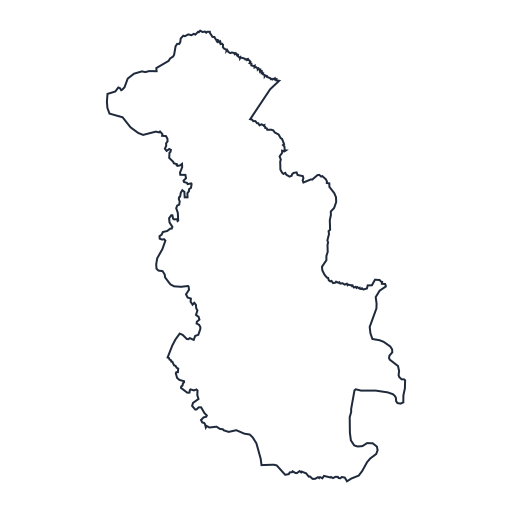 the district of Yendi Municipal, Northern, Ghana
{"feature_id": "2480657B94460481801793", "entity_name": "Yendi Municipal", "entity_type": "district", "adm_level": 2, "iso_a3": "GHA", "parent_name": "Ghana", "parent_adm1": "Northern", "projection": "natural_earth1", "projection_center": [0.075, 9.473], "detail": "fine", "context": "isolated", "style": "outline", "palette": "slate", "viewbox_px": 512, "rotation_deg": 0, "n_neighbors": 0, "source": "geoboundaries", "source_scale": "gbopen_adm2", "svg_char_len": 6001}
<svg xmlns="http://www.w3.org/2000/svg" viewBox="0 0 512 512"><path d="M209.8,31.8L207.1,31.8L206.2,32.7L205.0,31.6L202.5,32.0L200.2,30.7L198.8,32.2L198.1,31.8L195.3,34.6L193.9,33.8L191.4,35.2L188.3,34.4L184.9,36.2L183.3,35.7L180.7,38.5L180.3,42.0L179.3,43.9L177.2,43.9L175.6,46.2L174.1,54.8L173.1,56.5L170.1,58.5L168.6,60.9L156.3,68.1L156.6,71.2L149.0,71.1L145.4,72.1L141.9,71.4L134.0,73.7L127.7,78.6L124.5,87.3L122.2,89.7L121.2,90.2L120.0,88.2L118.3,87.5L115.3,91.5L107.5,93.9L106.9,101.7L107.4,107.9L109.5,113.6L122.6,117.3L130.5,127.3L138.1,132.9L143.1,134.9L155.9,131.6L159.0,132.4L160.0,131.5L162.4,134.1L162.1,135.8L166.0,136.1L167.4,138.7L167.6,141.2L166.1,143.4L166.2,145.9L164.9,148.7L166.6,150.9L169.3,149.0L170.9,149.9L170.5,151.8L169.5,152.7L169.2,157.9L173.2,161.8L173.8,163.3L176.9,164.2L176.7,165.3L177.4,165.9L180.1,165.4L182.0,163.9L182.2,167.1L180.0,172.7L180.3,174.8L185.4,174.9L186.0,178.2L183.5,180.7L184.0,182.0L187.0,182.9L187.6,184.1L191.2,183.4L191.6,184.0L191.0,187.8L189.1,189.2L188.9,191.3L187.4,193.2L187.5,197.3L184.7,197.3L184.4,191.9L182.3,190.2L180.8,192.7L180.1,196.7L179.1,197.2L178.8,199.0L179.7,201.4L179.2,204.6L177.2,205.6L176.2,208.2L177.8,212.8L178.2,220.6L177.6,221.0L177.2,219.2L174.1,219.4L173.1,218.7L172.4,215.3L171.3,215.2L169.1,218.2L169.5,222.4L172.4,226.9L171.7,228.6L170.3,228.6L167.2,231.0L162.9,232.0L161.6,234.7L159.5,236.2L159.7,238.7L162.2,239.6L164.1,239.2L165.4,240.6L162.4,249.1L157.2,258.3L156.2,264.3L156.5,268.7L158.5,270.6L162.5,271.1L164.7,274.5L165.1,277.4L170.3,284.3L174.0,286.3L181.1,286.8L188.0,286.0L188.6,286.6L189.0,289.8L186.0,294.3L187.6,297.5L190.9,298.6L190.6,301.7L192.6,304.7L194.3,302.8L195.9,304.8L196.2,308.2L197.4,310.5L196.0,315.0L198.6,316.8L199.4,319.6L196.8,321.8L196.6,323.5L199.2,324.9L200.4,327.3L200.3,329.1L198.3,334.8L195.2,335.9L193.7,339.9L189.8,338.1L188.4,339.2L186.8,339.0L182.7,334.9L179.7,333.6L175.5,339.4L172.3,345.5L167.6,357.5L169.0,358.0L169.5,359.5L171.0,360.3L171.3,361.6L172.3,361.7L174.1,365.4L175.5,365.8L176.6,367.7L178.2,368.6L177.9,372.2L176.3,372.2L175.8,373.4L177.1,377.9L179.4,379.9L184.0,381.2L184.1,382.2L183.0,383.3L182.5,385.5L181.2,386.5L181.0,387.9L187.3,392.7L189.5,392.6L189.9,390.0L190.5,389.4L193.9,390.4L196.4,389.5L197.5,390.5L197.3,395.2L198.5,399.0L193.0,402.9L192.1,405.9L195.3,409.6L196.6,409.4L198.7,407.3L201.1,407.3L204.5,413.2L206.8,415.4L206.3,416.7L203.6,417.4L201.0,420.0L202.3,422.5L204.1,422.9L205.0,424.1L205.8,427.5L206.7,426.0L209.4,427.5L216.6,426.7L219.9,428.9L222.9,429.3L223.7,430.3L228.7,431.9L236.3,430.2L244.4,433.7L249.7,434.5L252.7,437.4L256.4,443.3L260.7,458.8L261.5,465.1L273.6,464.7L276.7,465.4L285.2,474.8L288.8,474.1L289.7,472.4L292.1,472.2L292.6,471.3L295.4,473.0L296.9,473.1L299.6,471.1L301.2,472.4L301.7,471.6L306.2,473.4L308.7,476.6L309.8,476.4L312.6,478.9L315.2,478.8L317.7,477.3L318.9,477.9L318.9,477.3L320.3,477.2L322.3,478.3L324.0,475.9L330.5,477.5L331.0,477.0L333.0,478.1L335.5,476.8L337.9,476.9L338.5,478.0L340.2,478.3L341.9,477.0L344.8,477.6L347.0,481.3L351.4,478.5L358.7,475.6L362.2,471.0L367.1,462.1L370.3,458.4L376.2,454.0L377.6,450.2L376.9,446.6L372.7,443.3L367.1,443.1L362.4,446.1L357.7,446.5L354.2,445.4L350.9,440.4L349.9,432.8L349.7,417.2L351.2,411.9L351.1,409.2L354.5,390.3L355.8,389.3L361.0,390.6L375.7,390.6L387.8,392.4L392.9,394.2L394.8,395.9L395.9,397.8L396.1,401.1L397.5,403.1L400.5,403.6L403.3,402.4L403.4,395.3L404.9,388.3L405.1,380.3L404.0,379.3L401.6,379.3L399.2,377.0L398.6,375.1L399.1,371.1L398.0,366.0L389.8,359.7L389.0,357.9L389.5,355.5L392.3,352.3L392.1,349.4L390.3,346.5L383.6,341.8L379.4,340.2L372.4,339.0L370.4,333.2L369.7,326.9L376.4,308.5L376.6,303.8L375.7,297.1L379.6,290.7L385.8,286.5L385.7,285.5L385.1,284.0L381.9,283.8L382.1,281.9L381.1,281.7L379.6,280.0L375.0,279.7L371.9,285.3L367.7,285.4L366.9,288.5L363.4,289.5L362.0,288.3L361.4,289.0L360.0,288.8L359.7,287.8L358.9,288.2L357.3,287.1L356.5,287.9L355.7,286.8L353.9,287.5L352.7,285.9L353.1,285.3L352.4,285.7L352.5,284.5L351.9,285.6L348.3,284.6L347.6,285.2L346.8,283.7L344.7,284.6L342.4,283.2L340.3,283.6L339.3,282.2L338.4,282.8L336.1,281.7L335.6,282.6L333.1,283.1L331.5,280.9L330.3,281.4L328.8,280.3L328.1,277.9L326.8,277.5L324.5,274.7L322.3,270.3L322.0,266.7L326.4,260.2L326.4,255.9L327.7,251.9L327.5,244.7L328.1,242.7L327.4,240.3L329.0,234.1L328.6,231.1L330.1,229.8L329.8,220.1L330.9,215.1L330.8,211.5L334.1,208.0L336.2,202.0L336.0,197.3L334.3,193.2L329.4,186.9L329.3,183.4L326.8,183.0L326.9,181.4L325.9,179.3L322.3,176.1L321.2,176.6L319.3,174.9L317.5,175.1L312.2,179.6L311.0,179.4L303.4,182.5L302.7,180.4L303.4,178.0L302.8,176.1L297.6,175.0L296.6,172.4L293.6,172.9L292.1,174.2L291.6,175.8L289.5,176.6L286.3,174.7L285.3,172.9L283.4,173.9L282.0,172.5L280.4,169.6L280.2,161.7L280.8,159.6L279.6,156.4L282.2,152.7L282.1,150.7L284.4,151.4L285.9,150.4L284.7,150.3L284.4,146.4L283.0,145.1L284.1,144.2L282.0,138.8L280.7,138.2L278.6,134.5L274.8,132.5L273.3,130.4L271.3,129.7L267.3,129.8L266.8,128.4L265.2,127.9L265.2,126.9L264.1,126.1L264.3,125.0L263.2,125.3L261.5,124.3L259.5,125.3L258.2,123.2L257.0,123.2L255.4,121.1L253.2,121.1L252.0,119.6L250.2,119.2L270.1,89.3L279.1,80.8L276.2,80.3L276.4,79.1L274.9,79.4L274.8,78.3L272.4,79.5L271.9,78.9L270.9,79.2L270.3,78.2L267.0,76.9L267.0,76.1L265.4,75.5L264.7,76.4L264.7,75.1L262.8,74.1L262.1,74.6L262.8,73.4L261.9,73.3L262.4,72.4L261.4,71.2L260.1,72.0L259.9,71.1L260.7,70.6L259.9,70.4L260.1,69.4L259.1,69.4L258.5,68.4L257.7,69.3L257.6,68.3L255.9,67.1L254.5,67.5L254.7,65.7L253.9,66.1L251.3,65.4L251.4,63.6L249.6,63.2L250.4,61.7L248.5,59.7L247.4,60.0L247.6,59.0L245.3,59.5L244.6,58.6L240.8,57.5L240.1,58.4L240.1,57.3L239.6,57.7L237.9,56.1L238.1,54.8L237.0,54.3L236.7,54.8L235.8,53.2L234.7,54.1L234.2,53.0L231.8,52.5L230.4,53.1L228.5,52.1L227.1,49.9L226.5,50.7L226.6,49.8L224.1,48.6L222.9,47.2L223.0,44.7L222.0,43.7L220.6,44.1L220.2,41.5L219.3,42.2L218.6,40.8L217.5,42.0L217.0,41.6L217.6,40.9L217.3,39.9L216.0,39.8L214.4,37.0L212.5,36.9L209.9,32.9L209.8,31.8Z" fill="none" stroke="#1e293b" stroke-width="2"/></svg>